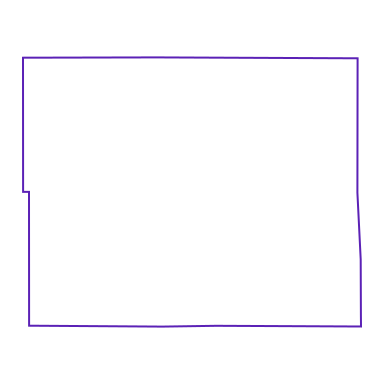 Douglas, Minnesota, United States of America
{"feature_id": "52423323B43796500945789", "entity_name": "Douglas", "entity_type": "district", "adm_level": 2, "iso_a3": "USA", "parent_name": "United States of America", "parent_adm1": "Minnesota", "projection": "mercator", "projection_center": [-95.419, 45.933], "detail": "fine", "context": "isolated", "style": "outline", "palette": "violet", "viewbox_px": 384, "rotation_deg": 0, "n_neighbors": 0, "source": "geoboundaries", "source_scale": "gbopen_adm2", "svg_char_len": 287}
<svg xmlns="http://www.w3.org/2000/svg" viewBox="0 0 384 384"><path d="M357.6,58.3L156.6,57.4L23.0,57.7L23.1,191.9L29.0,191.9L29.1,325.7L162.1,326.6L162.4,326.6L216.2,325.8L361.0,326.5L360.9,315.3L360.7,259.4L357.4,192.6L357.6,58.3Z" fill="none" stroke="#5b21b6" stroke-width="2"/></svg>